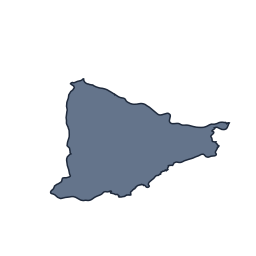 Balangan, Kalimantan Selatan, Indonesia (Equal Earth projection), rotated 68°
{"feature_id": "22746128B67876608948387", "entity_name": "Balangan", "entity_type": "district", "adm_level": 2, "iso_a3": "IDN", "parent_name": "Indonesia", "parent_adm1": "Kalimantan Selatan", "projection": "equal_earth", "projection_center": [115.786, -2.285], "detail": "fine", "context": "isolated", "style": "filled", "palette": "slate", "viewbox_px": 256, "rotation_deg": 68, "n_neighbors": 0, "source": "geoboundaries", "source_scale": "gbopen_adm2", "svg_char_len": 5751}
<svg xmlns="http://www.w3.org/2000/svg" viewBox="0 0 256 256"><g transform="rotate(68 128 128)"><path d="M188.9,161.6L189.6,159.5L189.7,158.3L189.8,158.1L190.0,157.6L190.1,157.4L190.0,156.6L190.1,156.2L189.8,155.8L189.7,155.6L189.8,154.9L189.9,154.6L189.7,154.4L189.6,154.2L190.0,153.6L190.1,153.0L190.3,152.9L190.3,152.6L190.3,152.1L191.0,151.4L190.9,151.1L191.1,150.5L190.4,150.1L190.0,150.2L189.6,150.1L189.3,149.8L189.0,149.9L188.4,149.5L188.2,149.3L187.8,148.2L187.8,147.8L187.4,147.2L187.1,146.6L187.1,146.0L186.8,145.5L186.7,145.3L186.9,144.9L186.8,144.4L186.6,144.1L186.2,143.7L186.2,143.4L185.7,143.2L185.7,142.3L185.2,141.4L185.1,140.9L185.0,140.6L185.0,140.4L185.0,140.2L185.1,139.9L185.1,139.4L185.2,138.9L185.1,138.5L185.4,138.1L185.3,137.6L185.3,137.3L185.3,136.7L185.7,136.6L185.8,136.4L185.9,136.1L185.9,135.9L186.0,135.4L186.3,135.2L186.7,135.2L186.9,135.1L186.7,134.9L186.8,134.8L187.5,134.0L188.3,133.6L189.2,133.3L189.7,133.1L190.3,132.3L190.5,131.5L190.4,130.8L190.0,130.1L189.4,130.0L188.0,130.3L187.4,130.0L186.9,129.6L186.1,128.5L185.5,126.7L185.0,125.2L184.4,123.1L183.3,121.1L183.0,120.4L182.8,119.4L183.0,118.5L183.3,117.7L183.1,116.9L183.0,116.7L182.9,116.2L183.0,115.4L182.9,114.9L182.6,114.8L182.2,114.9L181.6,113.7L181.2,113.6L181.4,113.1L181.3,112.7L181.1,112.3L181.1,112.0L181.5,111.0L181.4,110.3L181.2,109.8L181.3,109.8L181.4,109.7L181.1,109.2L181.1,108.7L182.0,108.5L182.0,108.4L181.6,107.9L181.7,107.1L181.6,106.9L181.5,106.7L181.4,106.8L181.0,106.8L180.7,106.6L180.3,106.4L180.1,106.4L179.3,105.5L178.9,104.8L178.5,104.7L178.1,104.8L178.0,104.7L178.1,104.1L178.2,103.4L178.7,102.3L178.9,101.5L179.3,100.9L179.4,100.6L179.1,100.3L178.7,99.8L178.6,99.6L178.4,99.4L178.3,99.1L177.8,98.7L177.6,98.1L177.6,97.4L177.6,96.4L177.8,95.6L179.1,93.6L179.6,92.2L179.7,91.4L179.7,90.1L179.5,88.0L179.6,86.3L179.8,83.5L180.1,80.6L180.2,78.8L180.1,76.9L180.1,75.1L180.2,73.6L180.1,71.7L179.9,70.2L180.1,69.1L180.5,68.0L181.5,67.3L183.2,66.7L183.8,66.4L184.8,65.2L185.2,64.1L185.3,61.4L186.1,58.7L186.3,57.8L186.2,57.1L185.9,56.2L185.2,55.9L183.8,56.2L183.3,56.1L182.7,55.7L182.1,55.0L180.6,53.1L180.1,52.6L179.4,52.4L179.3,51.8L179.5,51.4L179.3,51.1L179.1,50.8L178.9,50.8L178.6,50.4L178.3,50.5L177.7,51.1L177.1,51.4L176.0,51.5L175.6,51.6L175.3,51.9L174.2,52.0L173.9,52.0L173.7,51.7L173.6,51.9L173.6,52.2L173.6,52.4L173.7,52.6L173.1,53.2L172.7,53.8L172.3,54.5L171.4,54.8L170.0,54.3L168.7,54.1L166.9,54.4L166.3,53.9L165.8,52.9L165.5,52.0L165.0,50.8L164.5,50.3L164.0,50.0L163.7,50.2L163.3,50.3L163.0,50.8L162.7,50.9L162.5,51.2L162.3,51.3L162.2,51.3L162.0,51.0L161.7,50.4L161.4,49.2L161.4,48.8L161.3,48.6L161.1,48.4L161.0,48.2L161.0,47.8L160.8,47.5L160.4,47.2L160.2,47.4L160.2,46.8L160.4,45.9L160.8,45.0L162.7,43.3L164.5,41.5L165.4,39.7L165.6,38.7L165.6,37.8L165.5,37.0L165.1,36.4L164.7,35.8L162.7,33.8L161.7,33.1L161.7,32.7L161.2,32.2L161.0,32.6L160.8,32.8L160.6,33.5L160.8,33.9L160.9,34.2L160.8,34.4L160.9,35.0L160.1,35.0L159.8,35.1L159.7,35.4L159.4,35.5L159.1,36.0L159.1,36.3L158.9,36.9L158.4,37.5L158.1,38.0L157.4,39.9L157.2,40.8L157.1,41.6L157.2,43.9L156.9,46.1L156.8,46.7L155.7,49.2L155.6,50.2L155.6,51.6L155.8,53.0L155.9,54.1L155.9,55.3L155.8,56.7L155.6,57.9L154.8,60.2L153.7,62.6L152.8,64.4L150.9,67.2L148.4,70.5L147.4,72.2L145.9,76.1L145.2,77.1L144.7,77.6L143.5,78.6L142.9,79.2L142.4,80.1L142.0,81.1L141.3,83.4L140.7,85.0L140.4,85.6L139.8,86.3L139.0,86.8L138.4,87.0L137.4,87.1L136.5,86.8L133.0,84.4L132.2,84.1L131.6,84.0L131.0,84.2L130.6,84.4L129.9,84.9L129.4,85.3L129.0,86.2L128.8,87.9L128.6,89.6L128.4,91.6L128.2,92.6L127.9,93.4L127.5,94.2L126.8,94.9L126.1,95.4L116.9,100.3L113.9,102.5L113.1,102.9L112.1,103.8L111.2,104.9L110.4,106.2L110.1,107.0L109.9,107.6L109.1,111.2L108.2,113.7L107.7,114.6L107.2,115.4L106.0,116.9L105.2,117.5L104.9,117.8L103.6,118.9L101.8,119.7L100.7,119.7L100.0,119.9L99.4,120.3L98.8,120.8L98.4,121.4L96.9,123.7L95.4,125.2L91.9,127.6L91.7,127.7L91.8,127.8L91.7,127.8L90.1,129.0L88.7,130.0L84.7,133.1L83.3,134.6L81.8,136.6L80.4,139.1L79.4,140.4L77.9,142.2L75.9,144.0L75.3,144.4L74.9,144.5L74.6,145.3L73.9,146.3L73.2,147.5L72.5,148.0L72.2,148.7L71.3,149.7L70.2,150.5L69.4,150.9L68.3,151.1L67.4,151.2L65.9,150.7L65.7,151.0L65.7,151.5L66.3,153.0L66.3,154.4L65.8,157.6L65.9,160.5L65.5,161.9L65.0,162.4L64.9,163.2L65.1,164.3L65.4,164.5L65.5,164.7L66.7,164.0L67.1,163.8L67.9,163.2L68.8,162.6L69.4,162.7L70.3,162.6L70.9,163.1L71.4,164.1L71.8,164.4L72.5,166.3L72.7,167.3L75.1,170.5L77.9,172.1L81.2,175.0L84.9,176.9L85.2,176.9L88.2,177.5L88.7,177.7L90.2,178.7L95.2,181.5L97.9,182.2L100.3,183.2L101.1,183.4L104.0,183.3L104.1,183.2L106.1,183.4L108.2,183.5L112.3,185.0L114.3,185.9L118.4,189.3L119.9,190.2L121.6,191.1L124.7,189.8L128.1,190.5L129.4,191.0L130.6,190.6L130.6,191.2L131.0,192.7L132.1,195.1L133.6,196.4L134.9,197.0L140.1,198.3L144.5,198.6L148.6,199.4L149.8,199.4L150.6,199.3L151.1,199.6L151.3,200.5L151.3,201.8L151.0,203.9L150.3,205.6L150.0,206.8L150.0,207.5L150.8,208.3L151.9,209.0L152.8,209.8L153.2,211.3L153.6,213.5L153.6,215.2L154.3,217.9L155.0,218.4L156.4,219.9L157.0,221.2L157.2,222.2L157.7,223.0L158.4,223.8L159.4,224.0L160.3,223.3L161.2,222.1L162.5,220.9L165.9,219.2L166.9,218.2L168.1,217.0L168.3,216.3L168.9,212.2L170.0,208.2L170.5,205.9L171.1,204.4L172.5,202.6L176.7,199.2L177.3,198.6L178.5,196.7L179.1,194.4L180.2,192.3L180.5,191.4L180.7,190.2L180.7,189.4L180.6,188.4L179.8,185.0L179.6,182.8L179.6,181.1L179.6,179.2L179.6,178.3L179.3,176.8L178.7,175.4L178.3,174.3L178.4,173.2L178.8,172.3L179.4,171.3L179.7,170.4L179.8,169.1L179.8,168.4L180.1,167.4L180.5,167.2L181.1,168.4L181.8,168.4L182.2,167.8L183.6,165.8L184.7,164.8L185.3,164.1L185.4,163.1L185.8,162.6L186.3,162.5L187.0,162.0L187.6,161.8L188.1,162.4L188.6,162.2L188.9,161.6Z" fill="#64748b" stroke="#1e293b" stroke-width="1.5"/></g></svg>